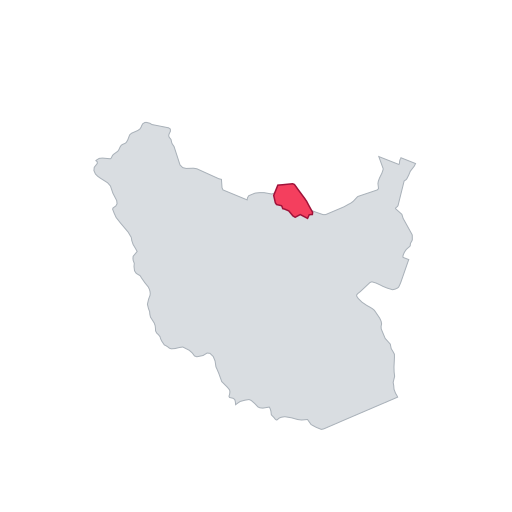 location of Pariang, Unity, South Sudan, rotated 22°
{"feature_id": "79223893B45292827901182", "entity_name": "Pariang", "entity_type": "district", "adm_level": 2, "iso_a3": "SSD", "parent_name": "South Sudan", "parent_adm1": "Unity", "projection": "albers", "projection_center": [30.206, 9.837], "detail": "fine", "context": "in_parent", "style": "filled", "palette": "rose", "viewbox_px": 512, "rotation_deg": 22, "n_neighbors": 0, "source": "geoboundaries", "source_scale": "gbopen_adm2", "svg_char_len": 4163}
<svg xmlns="http://www.w3.org/2000/svg" viewBox="0 0 512 512"><g transform="rotate(22 256 256)"><path d="M397.6,376.7L384.1,390.4L383.2,391.2L381.5,392.3L376.0,392.3L370.3,391.7L365.0,388.3L359.7,391.0L356.3,391.9L354.3,392.2L349.6,392.7L342.9,394.2L339.9,396.0L338.3,397.5L336.9,400.1L336.3,400.4L335.0,400.1L333.3,399.1L329.7,397.5L327.9,394.2L326.3,392.2L324.9,391.1L319.3,394.5L316.5,395.3L314.3,395.2L310.2,393.3L305.6,391.7L303.3,391.7L299.8,393.8L295.8,396.8L293.8,399.8L292.8,401.5L291.4,398.8L290.1,397.1L288.2,396.5L284.4,397.1L283.5,396.2L283.3,393.9L282.7,391.7L281.7,390.1L278.8,388.5L271.3,385.3L265.5,378.8L262.5,375.8L260.4,373.8L257.4,368.7L254.0,365.2L249.8,363.5L247.0,364.3L244.2,368.1L238.9,371.6L236.4,371.7L233.3,369.8L229.3,368.4L222.2,367.8L219.3,369.5L215.5,372.2L212.2,373.8L210.2,373.9L208.3,373.3L206.2,372.9L204.3,372.8L200.6,370.3L198.6,368.5L197.3,366.8L195.2,365.6L192.7,364.6L190.9,363.0L190.0,361.0L188.7,358.5L186.8,356.3L181.1,352.2L179.4,349.8L178.2,347.4L175.9,344.9L173.4,341.4L172.6,336.4L172.5,332.3L172.0,330.4L171.0,328.6L169.8,327.0L167.8,325.1L163.1,322.5L158.3,319.4L156.0,317.7L151.5,317.0L148.9,315.2L146.8,311.4L145.9,308.4L143.7,306.0L142.8,304.3L142.2,302.3L144.1,296.3L141.5,294.2L137.8,291.4L135.1,288.3L133.4,285.5L128.6,281.8L118.0,276.2L111.9,272.7L108.5,269.5L105.6,266.4L105.4,265.1L107.3,262.1L107.6,259.6L106.1,256.8L99.8,251.4L94.8,245.6L91.0,243.7L81.8,242.0L79.1,241.3L76.4,240.1L73.7,237.5L72.8,234.4L74.2,229.5L73.4,228.0L71.8,227.6L72.3,226.6L74.1,224.2L77.0,222.7L84.6,220.4L85.1,219.5L85.3,216.4L85.9,215.0L88.6,210.7L89.0,209.1L89.2,205.5L89.6,203.8L90.4,202.6L92.5,200.5L93.2,199.2L93.6,196.4L93.5,191.0L94.6,188.8L99.4,183.9L100.8,181.7L101.2,179.7L101.2,177.7L101.5,175.7L103.0,173.8L104.2,173.2L107.8,172.7L110.2,173.1L127.0,169.9L129.0,170.4L129.9,172.4L129.7,175.6L130.0,177.2L130.9,178.3L133.6,179.9L135.4,182.5L136.3,183.4L139.0,185.2L151.4,200.0L154.9,201.5L158.4,201.0L165.2,198.0L168.6,197.3L192.5,198.3L195.2,197.9L195.3,198.0L198.9,205.4L200.6,207.1L226.8,207.3L226.3,205.2L226.7,202.8L231.3,198.3L232.0,197.8L236.0,195.7L239.9,194.2L247.5,192.6L250.3,189.9L251.8,187.5L251.9,182.7L252.9,181.9L254.7,180.8L263.5,176.5L265.0,175.6L280.5,185.6L289.2,193.5L289.7,193.8L290.1,194.0L290.6,193.7L291.0,193.3L292.0,193.0L295.8,192.9L302.8,192.5L305.1,191.5L319.2,177.4L322.8,172.9L323.7,172.0L325.7,168.8L327.8,163.3L328.2,162.6L343.6,149.4L344.1,148.3L344.3,147.5L341.9,143.1L341.4,140.8L341.3,137.4L341.7,132.0L341.5,128.5L341.3,127.6L341.2,127.4L332.6,117.8L354.2,117.6L354.3,116.3L354.2,115.9L353.8,114.8L353.5,113.2L353.5,112.4L353.7,111.6L353.7,111.2L353.6,110.8L353.6,110.6L369.3,110.5L369.1,113.3L367.3,119.7L367.3,123.6L366.9,128.0L366.4,129.3L365.6,130.4L365.3,130.9L365.3,131.4L368.8,156.1L368.6,157.1L367.7,158.7L367.5,159.2L367.5,159.6L367.8,159.9L375.0,162.5L375.4,162.6L375.7,162.8L378.3,166.0L392.6,177.6L393.1,178.2L394.6,181.8L394.8,182.4L394.9,183.3L394.8,184.0L394.5,186.2L394.6,187.2L394.9,187.8L395.1,188.6L395.1,188.8L395.0,189.4L392.9,193.6L392.2,196.7L392.1,199.2L392.2,200.7L392.5,201.6L392.7,202.0L392.9,202.2L399.0,202.1L399.0,203.5L400.1,225.8L400.1,228.3L399.9,231.4L399.2,232.7L397.5,234.5L395.3,236.1L389.7,236.6L385.1,236.6L381.8,236.3L377.3,236.1L373.1,236.5L371.6,237.9L366.1,249.8L364.4,252.8L363.9,254.5L364.5,255.6L366.7,257.1L371.5,259.1L377.0,260.3L381.1,260.8L383.9,261.3L386.1,262.0L394.0,267.3L396.5,269.7L397.9,271.9L398.3,274.3L399.4,276.7L406.6,284.0L413.5,287.4L416.1,291.3L418.7,293.2L421.1,295.2L422.4,298.3L425.5,307.2L427.5,311.8L429.6,315.6L430.5,321.8L432.2,324.5L433.9,327.9L436.7,330.9L439.6,333.2L440.2,333.8L411.0,363.2L397.6,376.7Z" fill="#d9dde1" stroke="#a8b0b8" stroke-width="1"/><path d="M277.8,205.4L281.5,201.0L289.7,201.8L289.9,197.8L292.7,196.4L292.1,194.2L290.3,192.8L290.0,192.6L285.7,189.1L282.3,186.2L280.5,185.1L280.2,184.8L269.9,178.5L267.1,176.7L264.8,175.3L262.9,175.3L260.0,176.8L257.7,178.0L253.7,180.1L249.7,182.1L249.7,184.8L249.7,193.2L254.0,199.4L255.8,200.6L260.8,199.8L261.7,200.5L263.1,202.1L264.8,201.8L269.5,201.9L275.2,205.0L277.8,205.4Z" fill="#f43f5e" stroke="#9f1239" stroke-width="1.5"/></g></svg>